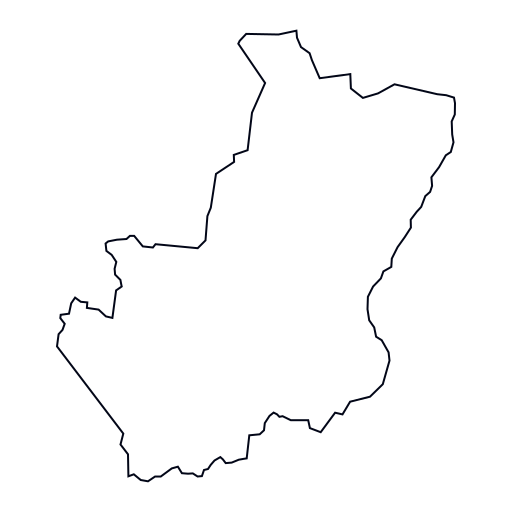 José Enrique Rodó, Soriano, Uruguay (Equal Earth projection)
{"feature_id": "84410073B24833615442203", "entity_name": "José Enrique Rodó", "entity_type": "district", "adm_level": 2, "iso_a3": "URY", "parent_name": "Uruguay", "parent_adm1": "Soriano", "projection": "equal_earth", "projection_center": [-57.536, -33.632], "detail": "fine", "context": "isolated", "style": "outline", "palette": "ink", "viewbox_px": 512, "rotation_deg": 0, "n_neighbors": 0, "source": "geoboundaries", "source_scale": "gbopen_adm2", "svg_char_len": 1751}
<svg xmlns="http://www.w3.org/2000/svg" viewBox="0 0 512 512"><path d="M121.7,286.5L116.1,290.4L112.4,317.9L105.9,316.4L98.6,309.6L86.9,307.9L87.3,302.4L80.8,301.8L75.1,297.6L71.2,303.3L69.0,313.7L60.7,314.8L60.3,318.1L64.7,323.8L62.5,329.9L58.6,334.2L57.0,346.4L123.3,433.6L120.5,444.5L128.0,454.3L128.4,476.3L133.8,474.3L140.7,480.0L148.0,481.3L155.1,476.5L160.8,476.5L171.8,468.4L177.9,466.7L181.9,473.2L188.0,473.7L192.8,473.4L197.6,476.5L201.9,476.1L204.0,470.0L208.0,469.0L210.7,464.9L214.5,460.5L220.3,457.1L222.8,459.3L225.7,463.1L231.7,462.6L238.8,459.7L243.9,458.8L246.7,458.4L249.3,435.3L259.7,434.3L264.0,430.3L264.8,423.1L269.5,415.9L273.6,412.6L277.0,414.3L279.4,416.8L282.6,416.2L290.8,420.2L308.2,420.2L309.9,428.1L320.7,432.2L335.1,412.7L342.5,414.4L350.1,401.7L370.0,396.7L382.8,384.2L389.5,360.6L388.6,352.4L381.7,340.2L376.1,336.7L374.2,327.4L369.2,320.3L367.5,309.2L367.9,296.8L373.1,286.5L380.9,278.4L383.4,271.4L391.3,266.9L391.8,258.6L397.6,247.1L404.7,237.2L410.9,227.6L410.7,219.7L416.7,211.8L421.2,206.9L425.3,196.1L430.1,191.9L432.1,185.9L431.4,177.3L439.1,167.1L445.8,155.3L450.8,152.0L453.5,142.3L452.2,134.5L451.7,121.4L454.8,114.5L455.0,103.2L454.0,97.6L446.2,95.2L437.2,94.2L394.5,84.3L378.0,93.4L362.9,97.9L350.9,88.5L350.3,74.1L319.7,78.2L311.9,60.1L309.6,53.2L301.0,47.1L297.0,37.7L296.4,30.7L278.5,34.5L246.2,33.9L239.7,40.8L238.3,43.7L265.1,83.0L252.0,112.7L247.6,150.2L233.8,154.9L234.1,161.9L216.0,173.9L210.8,207.7L207.4,216.1L205.5,240.4L197.7,248.2L155.5,244.2L152.9,247.5L142.8,246.4L134.2,235.9L129.9,235.9L126.5,239.0L116.9,239.7L108.2,241.4L105.6,243.5L106.4,250.9L111.7,254.9L116.3,261.9L114.6,268.8L115.1,274.6L120.4,279.9L121.2,284.2L121.7,286.5Z" fill="none" stroke="#020617" stroke-width="2"/></svg>